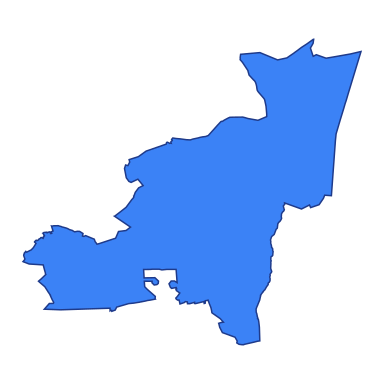 the district of Baltinavas pag., Baltinavas, Latvia
{"feature_id": "27541924B38825642429303", "entity_name": "Baltinavas pag.", "entity_type": "district", "adm_level": 2, "iso_a3": "LVA", "parent_name": "Latvia", "parent_adm1": "Baltinavas", "projection": "orthographic", "projection_center": [27.586, 56.922], "detail": "fine", "context": "isolated", "style": "filled", "palette": "blue", "viewbox_px": 384, "rotation_deg": 0, "n_neighbors": 0, "source": "geoboundaries", "source_scale": "gbopen_adm2", "svg_char_len": 5815}
<svg xmlns="http://www.w3.org/2000/svg" viewBox="0 0 384 384"><path d="M114.5,216.2L130.5,227.1L126.1,230.5L118.5,231.5L115.9,237.6L115.5,238.3L114.1,238.7L99.2,243.6L97.0,244.2L96.0,242.7L95.8,242.4L95.2,241.8L94.3,239.2L85.6,235.6L84.0,236.4L83.7,236.3L83.2,236.3L82.5,236.1L82.4,236.0L82.7,235.6L82.7,234.5L83.0,233.9L83.0,233.5L79.6,231.4L77.3,231.3L76.4,231.5L74.7,231.8L74.4,231.7L73.4,231.2L72.5,230.5L69.5,229.6L67.9,228.7L66.4,228.1L63.6,227.3L62.2,227.0L61.1,226.5L59.4,226.1L58.7,225.8L58.1,225.7L53.2,225.8L52.2,226.2L51.9,226.1L51.5,226.0L53.0,231.0L51.0,231.9L51.7,233.3L50.8,233.6L49.6,231.9L48.9,232.0L47.1,232.8L46.8,232.2L43.9,232.5L42.9,233.2L43.2,233.4L43.8,235.0L44.0,234.9L44.5,235.8L43.2,237.1L43.5,237.6L43.1,238.4L41.5,237.6L41.1,237.5L40.8,237.7L40.2,238.5L39.0,239.0L38.6,239.8L36.9,240.7L36.3,240.2L36.0,240.3L34.6,241.7L34.5,241.9L34.5,242.0L36.0,243.4L33.4,247.6L31.2,249.9L26.6,252.2L26.3,252.1L25.8,251.4L24.2,253.2L24.4,253.6L23.8,254.6L23.7,255.6L24.9,259.0L24.3,260.1L23.0,261.6L24.3,262.2L24.5,262.2L29.1,264.0L43.2,264.9L44.7,270.6L45.3,272.6L45.5,274.0L45.8,274.5L41.2,278.9L38.5,281.2L39.0,281.6L39.1,281.8L44.8,286.7L47.7,291.2L48.1,291.9L50.0,294.6L49.9,294.6L51.5,298.2L52.4,300.1L53.5,302.0L53.7,302.7L53.3,303.4L49.3,303.5L44.3,309.2L60.7,309.8L110.0,308.2L110.1,310.8L110.5,310.5L111.6,310.4L111.8,311.3L115.2,310.1L116.7,307.1L128.7,303.6L133.8,303.1L138.1,302.4L139.0,302.3L141.5,301.7L141.5,301.8L145.5,301.0L147.4,300.5L150.2,300.1L155.4,299.1L155.1,298.6L155.3,296.4L149.0,290.9L146.9,289.0L144.7,286.7L144.3,281.2L152.1,281.3L152.0,282.8L154.2,285.0L156.9,284.6L158.2,283.5L158.5,281.1L154.9,277.7L144.1,277.9L143.6,269.5L150.4,269.4L152.4,269.2L159.2,269.2L161.9,269.9L166.8,269.4L176.1,269.4L177.1,282.6L174.5,281.0L171.2,281.0L169.0,283.8L170.4,287.3L171.6,288.4L176.2,287.5L176.7,288.9L175.9,289.2L176.4,290.6L179.8,293.0L178.4,295.0L177.2,296.6L175.8,298.1L176.3,299.2L177.7,300.1L179.1,300.1L180.0,304.0L184.4,302.5L185.3,301.6L187.3,301.9L187.5,303.7L189.8,303.7L194.6,302.3L194.6,303.5L195.5,303.6L203.8,301.6L204.2,303.5L205.2,303.2L205.3,300.7L207.4,300.4L208.0,300.1L208.9,302.3L208.9,302.6L210.9,307.6L211.6,310.7L211.9,312.7L212.3,313.1L220.2,318.6L223.4,322.2L220.8,322.6L218.7,323.3L218.8,323.5L219.7,327.3L222.4,332.6L234.7,337.1L235.0,337.2L237.2,341.0L236.8,342.9L239.0,344.3L241.9,344.7L243.8,344.7L244.0,344.5L244.1,344.4L253.8,342.2L257.7,341.2L259.8,340.9L259.4,327.3L259.0,323.7L258.8,321.9L258.3,319.1L257.5,318.7L257.7,317.8L257.7,317.6L257.2,316.2L257.2,315.8L256.7,313.4L256.2,312.2L256.2,311.9L256.1,309.0L256.9,306.8L257.8,304.8L258.0,304.1L258.3,303.5L258.8,302.1L258.9,301.9L259.1,301.7L259.2,301.1L259.6,300.4L259.6,300.2L259.8,299.7L260.0,298.5L260.1,298.2L260.4,296.7L260.5,296.5L260.5,296.1L260.7,295.8L260.6,295.7L260.5,295.4L260.5,295.2L261.3,294.2L261.6,293.7L262.1,293.1L262.2,292.9L262.4,292.7L263.0,292.0L262.9,291.9L263.0,291.8L263.3,291.5L263.9,290.7L264.3,290.2L264.8,289.9L266.3,287.2L267.1,286.0L268.1,284.7L268.2,284.3L268.1,283.5L268.2,283.3L268.2,283.1L268.7,282.6L269.3,282.2L270.0,280.8L270.1,278.6L269.7,277.1L269.7,276.8L270.0,276.2L270.2,275.8L270.2,275.6L270.0,274.7L270.1,274.2L271.6,272.0L271.7,271.8L271.7,271.4L270.8,268.8L270.7,268.1L270.9,263.6L270.9,263.1L270.8,262.4L270.8,262.1L270.8,261.9L271.1,261.1L271.2,260.9L271.1,260.7L270.8,259.9L270.8,259.6L270.9,257.7L271.0,257.0L271.1,256.8L271.3,256.5L271.8,256.3L272.3,256.0L272.6,255.5L272.8,255.1L272.8,254.2L273.1,251.6L273.1,251.4L272.7,250.7L272.7,248.9L272.6,248.7L272.4,248.2L271.9,247.7L271.6,247.5L271.6,247.4L271.6,246.8L271.3,245.1L270.9,243.9L270.7,243.4L270.8,241.2L270.5,240.1L270.5,239.9L271.4,237.2L271.6,236.7L271.8,236.4L273.4,235.1L274.2,234.4L276.1,229.4L276.3,229.1L276.9,228.6L277.2,228.3L277.3,228.0L277.4,227.6L277.5,226.4L277.7,225.0L277.8,224.0L277.8,223.8L278.7,222.4L279.9,221.4L280.9,219.9L281.6,218.4L281.6,218.1L281.3,217.0L281.3,216.6L281.4,215.6L281.5,213.9L281.6,213.6L282.1,212.9L282.5,212.1L283.4,211.4L283.6,211.2L284.3,209.8L284.3,209.5L284.1,209.2L283.4,206.5L283.4,206.0L283.4,205.8L283.5,205.6L284.5,204.6L284.7,204.3L284.8,204.0L284.7,203.8L284.5,203.0L284.5,202.9L301.5,209.0L309.5,205.0L310.6,207.6L319.1,204.7L323.4,198.4L324.7,195.2L331.4,195.7L335.4,140.8L336.1,133.9L340.5,119.0L343.7,108.6L345.2,103.4L346.1,100.8L348.4,93.0L361.0,51.5L350.3,54.0L333.8,56.9L326.1,58.2L316.3,54.7L313.2,56.3L312.5,54.3L310.4,48.0L311.5,46.2L313.1,43.3L313.5,40.4L313.7,39.3L313.3,39.3L306.9,43.9L301.5,47.4L296.6,51.1L295.3,52.0L293.6,53.3L290.2,55.6L286.9,57.9L277.6,59.9L259.9,52.6L240.6,54.3L240.2,57.4L240.3,59.7L240.2,59.8L241.6,61.3L242.7,62.7L248.0,70.7L248.0,71.2L249.1,75.1L253.7,80.1L254.2,80.5L254.3,80.5L255.2,81.8L255.7,82.9L256.2,84.5L256.6,86.2L257.0,89.1L257.3,90.4L257.8,91.2L258.5,92.2L263.6,98.1L264.2,98.9L264.5,99.5L264.7,100.0L265.0,101.4L266.0,106.1L266.2,108.2L266.7,114.0L266.7,114.9L266.7,116.6L258.0,120.3L247.9,118.5L244.9,117.6L242.8,117.1L233.5,117.2L229.8,117.3L228.8,117.8L228.6,117.8L224.3,120.1L222.5,121.3L222.3,121.4L221.8,121.3L220.9,121.6L218.0,124.7L208.3,135.5L205.6,136.5L202.4,136.9L199.9,137.4L198.3,137.9L192.7,139.1L190.4,139.9L190.1,139.9L186.4,139.7L180.5,138.9L176.1,138.5L172.8,138.0L171.6,139.4L172.3,140.4L172.2,140.6L171.2,141.4L170.9,141.8L170.9,142.3L171.2,143.2L170.9,143.1L170.3,143.2L169.7,143.4L168.8,142.8L167.5,142.3L167.2,142.2L166.8,142.4L166.5,142.7L166.3,144.0L166.2,144.1L146.1,151.1L138.3,156.7L129.1,159.6L129.7,162.1L127.9,165.6L125.6,165.0L124.5,168.5L125.9,175.8L126.3,177.8L128.9,181.4L131.1,182.4L137.9,179.2L142.9,185.3L143.1,185.6L138.9,187.7L138.6,187.9L135.3,192.3L133.8,196.3L133.7,196.3L133.8,197.0L133.7,197.3L132.6,198.8L132.0,199.3L126.1,207.3L120.4,211.8L114.8,216.1L114.5,216.2Z" fill="#3b82f6" stroke="#1e3a8a" stroke-width="1.5"/></svg>